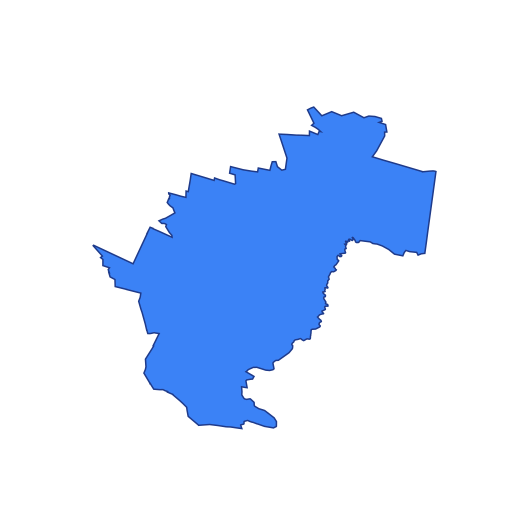 outline of Īves pag., Talsi, Latvia, rotated 25°
{"feature_id": "27541924B94003939070520", "entity_name": "Īves pag.", "entity_type": "district", "adm_level": 2, "iso_a3": "LVA", "parent_name": "Latvia", "parent_adm1": "Talsi", "projection": "natural_earth1", "projection_center": [22.538, 57.438], "detail": "fine", "context": "isolated", "style": "filled", "palette": "blue", "viewbox_px": 512, "rotation_deg": 25, "n_neighbors": 0, "source": "geoboundaries", "source_scale": "gbopen_adm2", "svg_char_len": 6045}
<svg xmlns="http://www.w3.org/2000/svg" viewBox="0 0 512 512"><g transform="rotate(25 256 256)"><path d="M320.4,341.0L326.8,329.7L328.1,324.8L328.0,323.9L327.2,321.8L326.8,321.5L326.2,321.4L325.8,321.0L325.7,320.1L325.9,319.3L326.5,318.0L326.5,317.6L326.4,316.7L326.6,316.3L327.0,315.4L329.2,313.9L331.1,312.1L331.7,312.1L332.9,312.4L334.8,312.6L335.1,312.4L335.6,311.8L336.3,310.7L337.0,309.8L337.5,309.4L338.1,309.3L339.1,308.9L339.6,308.8L340.0,308.4L340.1,307.9L340.0,307.5L339.2,305.6L339.2,305.1L338.7,304.0L338.7,303.7L338.5,303.0L338.4,302.7L338.2,302.2L338.1,301.9L338.0,301.7L337.5,300.5L337.5,300.2L337.3,299.8L337.2,299.6L337.3,299.4L337.8,298.7L340.9,297.0L342.3,295.2L343.5,293.7L343.9,292.9L343.7,292.6L343.7,292.2L342.3,291.6L342.0,291.4L341.8,290.8L341.9,290.7L341.7,289.7L341.9,289.2L342.7,288.2L342.9,287.8L342.8,287.6L342.4,287.2L341.8,286.8L340.0,286.4L339.0,285.9L338.1,285.6L337.5,285.3L338.2,283.5L338.4,282.5L339.7,281.2L340.9,280.3L341.5,279.9L341.6,279.7L341.2,279.3L340.1,279.1L339.5,278.7L339.3,278.5L339.1,278.0L339.7,277.4L341.4,275.2L341.3,274.8L339.8,273.3L340.0,272.3L341.4,271.5L342.3,271.1L342.4,270.9L341.8,270.0L341.3,269.7L339.6,269.8L339.2,269.8L339.0,269.6L338.9,269.3L338.9,268.4L338.8,268.2L335.6,266.1L335.1,265.5L335.0,264.4L336.0,263.5L336.0,263.4L335.8,263.2L335.6,262.3L335.4,262.1L335.0,262.2L332.6,261.3L331.9,260.6L331.8,260.3L332.1,260.1L333.3,259.4L333.6,259.0L332.9,258.3L332.8,257.1L332.0,256.0L331.9,255.7L332.2,255.5L332.9,255.2L334.4,254.8L334.5,254.6L334.6,254.4L334.1,253.9L332.7,253.2L332.2,252.1L332.2,251.7L332.4,250.4L332.4,250.0L332.1,249.6L331.5,248.1L331.7,247.7L331.9,246.7L332.1,246.2L331.2,245.0L330.5,244.4L330.7,241.1L330.6,239.6L331.2,238.1L331.4,238.0L331.9,237.9L332.6,237.7L333.0,237.4L333.2,237.1L333.6,236.8L333.7,236.4L334.3,235.8L334.6,235.1L334.6,234.6L334.0,234.6L333.8,234.5L332.9,233.7L331.7,233.4L331.2,233.0L331.1,232.7L331.4,232.2L331.3,231.6L331.8,230.7L332.2,230.1L333.0,225.6L333.0,225.4L332.8,225.2L332.2,225.0L331.2,224.8L330.9,224.6L330.8,224.4L330.4,223.5L329.9,222.8L329.7,222.2L330.0,220.8L330.1,220.7L330.8,220.7L331.5,220.9L331.8,221.1L332.2,221.1L333.3,220.6L333.6,220.0L333.6,219.8L333.6,219.5L332.8,219.2L331.4,218.8L331.2,218.6L331.8,218.1L335.5,215.8L335.7,215.6L335.8,215.2L334.7,214.0L334.1,213.3L333.7,212.3L333.8,211.9L334.5,211.2L334.5,210.9L333.7,210.3L333.3,209.8L333.1,209.4L333.0,208.0L331.7,208.0L331.4,207.8L331.9,207.5L332.5,207.1L333.1,206.9L333.1,206.7L331.2,205.1L331.0,204.9L331.1,204.6L332.0,204.5L333.2,204.7L333.1,202.9L333.9,202.9L334.2,203.1L334.5,203.0L334.5,202.8L334.1,202.5L333.1,202.1L333.1,201.6L333.3,201.4L334.1,201.1L336.3,201.3L336.9,201.1L337.0,200.9L336.9,200.6L336.7,199.3L335.5,198.7L335.6,198.4L335.8,198.3L336.6,198.5L337.9,199.3L338.4,199.5L339.7,200.4L340.2,201.1L340.9,201.3L341.9,201.2L342.3,200.7L342.9,200.6L343.4,200.1L343.5,199.1L343.7,198.8L343.7,198.5L343.9,198.0L353.6,194.9L356.6,195.3L359.3,194.5L360.7,194.0L366.2,193.5L373.6,194.0L380.7,195.8L389.0,193.8L388.9,190.4L389.1,189.1L389.5,187.6L393.4,187.1L400.1,184.8L402.5,186.7L404.8,184.2L407.3,182.6L407.9,182.3L404.7,171.9L401.6,162.1L383.4,103.4L382.4,103.5L381.0,103.9L379.7,104.5L377.3,105.8L371.2,109.4L371.0,109.2L344.2,113.2L330.3,115.4L319.5,116.9L320.9,109.7L321.9,92.8L320.2,89.4L322.2,88.3L317.9,82.1L316.1,82.3L311.1,82.9L313.3,80.6L311.5,78.3L304.9,79.3L299.1,81.5L295.4,85.1L283.8,84.4L274.3,92.7L269.4,92.9L263.6,93.2L256.4,101.1L245.4,96.6L243.3,98.7L240.9,101.8L248.5,108.0L252.4,111.2L251.2,114.1L254.9,114.3L256.6,114.5L258.8,114.9L262.0,115.9L260.6,116.2L260.7,119.8L251.7,120.2L253.5,124.3L246.2,127.3L241.5,129.4L232.9,132.7L225.4,135.8L242.7,154.2L246.0,165.0L243.1,167.3L237.7,166.0L234.1,162.1L230.9,163.7L231.5,167.9L232.4,172.5L220.9,175.3L221.9,179.1L216.4,180.9L207.9,183.3L195.2,185.7L197.1,192.1L202.8,191.3L206.9,199.0L206.2,200.0L195.0,201.6L190.7,202.3L185.5,202.8L186.1,205.2L162.4,208.6L164.5,215.6L167.4,226.3L165.2,226.7L167.7,232.5L162.6,233.6L157.3,234.4L150.2,235.7L150.4,236.1L150.9,236.7L152.5,237.2L152.6,239.5L153.2,240.0L153.2,240.9L152.7,241.1L152.9,243.9L152.9,245.0L154.8,246.0L156.9,246.8L160.4,247.5L162.4,249.5L164.3,251.2L158.0,260.1L155.9,262.0L153.2,265.1L156.8,266.3L159.1,265.3L160.4,265.2L161.6,265.4L161.8,267.5L167.7,271.4L171.0,272.8L172.0,274.5L159.7,274.6L151.1,274.8L151.0,274.5L147.9,274.7L147.7,281.5L147.9,281.4L147.9,315.0L104.3,314.9L104.1,315.5L116.8,321.0L115.8,323.1L118.7,323.8L121.3,329.4L128.2,328.6L127.8,330.8L130.1,333.1L129.6,333.2L132.6,336.6L138.1,336.9L141.3,343.2L153.1,340.9L153.1,341.0L167.3,338.3L168.5,342.4L168.8,346.6L173.9,352.5L176.6,355.3L184.3,364.3L188.2,369.3L188.3,369.2L189.9,371.1L190.7,372.0L192.3,371.3L193.2,370.8L196.2,368.5L197.3,368.3L201.0,367.2L200.7,380.6L201.0,380.5L201.3,380.8L201.0,383.8L199.4,396.2L203.1,402.9L203.7,405.5L203.9,409.5L213.6,416.1L213.8,416.1L213.9,416.6L214.5,416.5L215.0,416.9L219.6,419.9L225.3,417.8L228.2,416.4L230.6,416.5L233.2,416.2L233.2,416.8L239.1,416.6L239.1,416.8L248.1,419.3L251.9,420.5L257.1,422.4L258.9,425.2L262.3,430.0L275.2,433.5L275.5,433.7L285.2,428.3L293.2,425.7L301.1,423.4L305.2,421.7L310.9,420.0L316.1,418.4L313.5,415.7L313.6,415.4L315.6,413.8L315.9,413.4L316.0,413.2L315.2,411.2L315.2,410.9L317.7,408.7L317.9,408.6L319.1,408.5L319.7,408.6L322.5,408.3L323.7,408.0L327.8,407.7L328.7,407.5L335.7,406.8L344.5,404.4L346.4,402.0L346.4,401.6L344.5,397.4L340.8,395.0L329.2,392.4L328.1,392.5L323.1,393.2L318.5,392.7L317.8,392.4L317.3,391.7L316.2,389.6L316.0,389.4L311.6,388.0L311.2,387.9L310.4,388.3L308.3,389.8L307.8,390.0L306.4,390.3L305.4,390.2L302.1,388.1L301.6,387.4L300.7,385.1L298.2,380.6L301.4,379.8L303.6,379.1L299.6,373.4L300.0,372.2L303.3,369.9L304.9,369.0L305.1,366.0L295.8,365.1L296.5,363.8L296.8,362.7L297.6,361.5L300.4,358.3L301.2,357.7L302.0,357.5L303.3,356.7L304.0,356.5L313.1,355.3L316.7,354.0L319.4,351.9L319.7,351.2L320.0,350.6L316.8,346.2L316.6,345.4L316.6,345.1L317.9,342.5L318.4,342.1L320.1,341.2L320.4,341.0Z" fill="#3b82f6" stroke="#1e3a8a" stroke-width="1.5"/></g></svg>